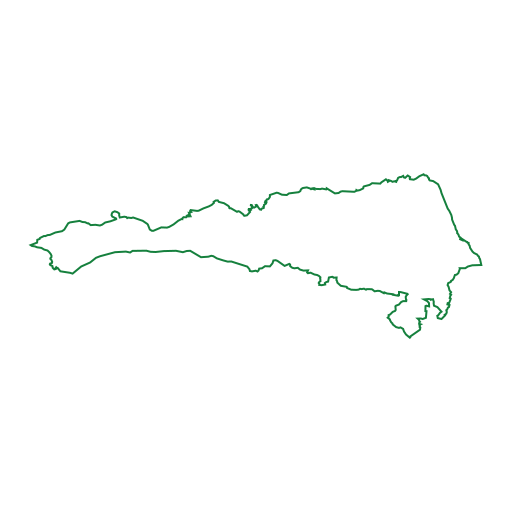 Giulesti, Maramures, Romania (Natural Earth projection)
{"feature_id": "2599482B91703806694060", "entity_name": "Giulesti", "entity_type": "district", "adm_level": 2, "iso_a3": "ROU", "parent_name": "Romania", "parent_adm1": "Maramures", "projection": "natural_earth1", "projection_center": [23.85, 47.83], "detail": "fine", "context": "isolated", "style": "outline", "palette": "green", "viewbox_px": 512, "rotation_deg": 0, "n_neighbors": 0, "source": "geoboundaries", "source_scale": "gbopen_adm2", "svg_char_len": 6071}
<svg xmlns="http://www.w3.org/2000/svg" viewBox="0 0 512 512"><path d="M481.3,265.0L480.0,259.1L479.3,258.1L478.9,256.5L477.8,255.7L477.2,254.6L474.0,253.0L472.5,251.6L470.1,247.9L469.6,245.6L468.7,244.5L468.6,242.9L467.6,242.8L467.2,242.0L466.6,241.9L461.7,238.7L461.0,239.4L461.2,239.7L460.1,239.2L460.5,237.6L459.1,236.6L458.4,234.5L457.1,233.0L457.3,232.3L456.9,230.9L455.8,229.4L455.0,225.8L454.2,224.8L452.1,219.6L452.0,217.8L451.3,215.0L449.3,210.9L447.7,208.6L441.5,193.1L440.6,189.8L438.1,184.3L433.2,181.1L429.7,180.4L429.0,179.5L429.0,178.3L428.3,177.9L427.2,176.0L426.1,175.4L424.4,175.3L423.6,174.3L419.4,176.2L416.1,178.6L413.7,179.7L409.9,179.2L409.7,178.3L410.1,177.1L407.7,175.5L405.2,177.8L403.9,177.4L403.2,175.9L401.0,177.1L400.0,177.0L398.8,177.5L398.1,177.9L397.0,180.6L395.9,180.9L396.0,181.8L394.2,181.3L392.5,181.8L391.2,181.0L388.8,180.2L388.8,181.3L387.9,181.8L387.7,181.0L385.9,179.3L381.3,182.4L380.3,183.6L372.1,183.2L369.6,184.9L363.9,186.4L363.4,187.0L363.2,188.4L359.8,190.1L357.5,190.6L356.4,190.0L356.2,190.9L354.3,191.8L342.5,191.2L340.6,191.6L338.6,193.0L334.9,193.4L326.8,188.4L326.8,189.1L326.3,189.4L322.0,188.6L320.5,189.1L315.9,188.9L314.1,188.1L312.8,188.3L313.4,189.1L312.3,188.8L311.0,189.2L310.1,188.5L306.8,187.4L302.9,188.0L301.7,188.7L300.9,189.5L300.3,191.1L298.6,192.2L289.0,193.4L286.8,195.0L281.9,194.7L278.2,193.0L276.7,192.7L269.9,195.0L269.9,196.9L268.8,198.6L268.1,199.2L267.0,199.3L266.6,199.7L266.5,200.6L265.5,200.9L264.9,202.3L265.2,202.7L267.1,201.5L266.1,202.5L266.1,203.5L264.0,204.9L264.1,205.9L263.4,206.6L263.8,207.3L263.7,208.0L261.5,208.7L261.1,209.7L259.8,209.4L257.6,206.4L257.2,205.4L256.5,204.9L255.8,205.1L256.2,206.0L256.0,206.6L254.2,207.6L253.0,207.2L251.7,205.0L250.0,204.9L251.5,205.3L251.6,206.3L252.3,206.7L252.0,207.1L252.2,208.0L250.2,209.0L248.9,209.0L248.9,209.6L249.6,209.2L250.8,210.0L250.3,210.4L249.8,209.9L248.8,210.2L250.0,212.0L247.0,215.3L244.5,215.8L243.8,215.5L243.4,214.5L239.6,211.6L238.2,211.2L237.0,211.8L230.8,208.2L229.7,208.3L229.3,208.0L229.1,206.7L228.2,205.8L224.0,203.2L218.8,201.9L217.8,200.4L215.7,200.5L213.6,201.9L213.9,202.9L211.7,204.9L208.8,206.4L203.4,208.4L198.7,210.7L197.1,210.9L190.8,210.1L190.8,210.8L190.2,210.9L190.1,211.5L191.0,212.1L190.5,212.3L190.0,211.8L190.3,212.4L189.7,213.0L189.0,212.9L189.8,214.7L189.2,214.3L188.8,214.5L189.1,215.1L188.0,215.4L188.4,215.6L188.3,216.0L188.0,216.1L188.5,216.4L186.8,216.5L186.1,217.3L183.5,217.2L182.6,218.1L182.4,219.0L182.0,218.8L178.3,220.7L173.6,224.4L169.2,226.9L167.0,227.6L161.3,227.4L153.4,230.8L151.9,230.8L149.8,229.5L147.9,224.7L147.4,224.0L142.7,220.8L133.1,217.5L131.3,218.0L128.1,217.6L127.2,218.1L126.4,217.1L124.3,216.7L119.8,217.5L119.2,215.5L119.2,213.5L117.4,212.2L114.7,211.3L112.5,212.4L111.9,213.5L111.5,215.1L112.3,216.6L116.1,218.5L116.2,219.1L115.7,219.4L110.4,221.3L105.2,222.5L102.1,224.7L99.9,225.5L95.4,224.8L90.7,225.1L88.4,223.3L87.6,223.4L85.1,222.2L82.4,222.0L79.6,220.9L70.0,222.4L68.2,223.3L64.3,229.6L62.0,231.2L55.4,232.5L49.9,234.9L47.6,235.1L45.4,236.1L44.0,236.0L40.3,237.8L39.8,238.2L39.6,239.0L37.3,239.8L37.1,242.6L30.7,245.1L32.0,246.0L34.9,246.4L37.1,247.3L41.4,247.9L44.2,249.6L47.5,250.5L49.2,252.1L50.7,254.0L51.5,255.7L51.4,257.2L50.5,258.0L50.3,258.8L51.4,259.9L52.2,261.9L51.8,263.1L50.1,263.6L49.8,264.2L50.3,265.1L52.4,266.0L52.7,267.8L54.3,269.4L55.8,269.0L56.0,268.2L55.6,268.0L56.2,267.2L57.2,268.2L57.7,268.0L60.4,271.3L70.0,272.8L72.6,273.6L81.2,266.5L90.1,262.5L96.0,257.8L100.2,256.2L115.0,252.2L125.9,251.6L130.1,252.5L132.5,250.9L146.3,250.7L150.6,251.8L155.6,252.0L163.8,251.1L176.0,250.8L182.9,252.2L186.7,251.0L190.2,250.8L201.0,257.2L208.3,256.7L211.3,255.8L213.3,256.2L216.9,258.4L223.2,260.4L227.6,261.6L231.3,261.5L247.3,266.6L249.5,269.3L249.9,271.0L252.0,271.4L255.7,270.7L257.5,271.5L258.5,270.6L259.2,268.6L262.0,268.3L265.0,266.2L269.9,266.4L272.5,263.3L273.4,260.5L275.7,260.2L277.5,260.9L284.6,265.9L289.3,263.9L290.1,264.5L290.2,266.2L292.3,267.8L294.4,268.3L297.8,267.8L300.0,269.6L303.5,270.6L308.0,270.4L307.1,272.4L307.9,273.2L310.6,272.7L314.4,274.5L317.1,275.0L318.9,275.9L320.4,277.3L320.1,278.2L320.4,279.1L320.3,280.1L320.5,281.1L319.0,282.3L318.7,283.0L319.5,284.2L319.3,284.9L321.6,285.2L325.2,284.5L324.9,283.0L326.4,282.0L328.1,281.6L328.9,277.5L332.3,276.8L332.9,277.0L333.5,277.7L336.6,277.5L336.4,280.1L337.1,281.2L337.3,282.6L340.8,285.8L346.5,286.8L347.0,287.2L347.1,288.0L351.2,289.7L356.3,289.9L358.7,289.6L360.0,288.8L361.5,289.1L364.0,288.7L366.0,289.7L366.9,289.1L371.4,289.2L372.2,289.4L374.6,291.3L377.8,290.8L379.8,291.0L383.9,293.2L384.3,292.4L387.0,293.5L392.8,294.2L393.2,294.3L393.0,294.8L398.0,295.7L398.1,295.1L399.0,295.2L399.0,292.0L400.7,292.1L407.4,293.8L407.7,294.2L406.5,295.4L405.7,296.9L406.0,299.4L406.4,299.9L406.2,301.1L403.2,301.1L401.2,302.0L398.9,304.6L396.1,305.6L395.4,306.3L395.7,309.9L395.1,310.9L392.7,311.9L390.1,314.5L388.6,315.1L388.7,316.7L387.7,317.7L389.9,319.4L390.0,320.2L391.2,322.3L392.5,323.5L392.7,324.4L396.1,327.1L399.0,327.9L400.5,327.4L403.1,328.9L404.0,331.5L406.0,334.5L409.8,337.7L410.3,337.2L410.1,336.6L420.0,329.7L420.3,327.5L419.6,327.0L419.9,326.1L419.5,325.7L419.8,324.7L420.6,324.3L419.1,323.8L419.4,322.3L420.0,321.8L419.3,320.9L418.9,319.7L417.7,318.6L420.8,318.5L422.7,319.0L425.9,317.8L426.5,311.2L425.4,311.1L425.5,306.1L426.4,305.7L429.1,306.4L429.0,303.1L427.4,301.2L424.0,299.4L428.6,299.0L431.0,299.3L431.0,299.7L433.0,299.2L433.8,301.9L433.6,303.1L434.0,305.7L437.4,307.1L441.5,311.7L439.9,312.9L438.3,315.2L437.3,315.8L437.8,318.1L441.5,319.0L445.1,315.4L444.7,314.8L446.3,313.7L446.8,312.0L446.3,310.2L447.1,309.6L447.9,307.6L448.9,307.1L449.5,305.0L447.4,304.4L447.7,303.1L449.1,303.0L450.6,299.2L450.7,298.6L449.7,298.1L450.4,295.6L451.1,294.8L450.0,293.9L451.1,292.2L449.5,290.4L448.6,286.8L447.6,285.1L448.2,283.1L450.4,282.1L451.0,281.6L451.1,280.8L452.6,280.0L453.8,278.2L454.9,275.0L456.5,274.7L458.3,273.2L459.9,268.8L459.7,268.2L465.3,268.2L467.9,266.5L472.3,265.3L481.3,265.0Z" fill="none" stroke="#15803d" stroke-width="2"/></svg>